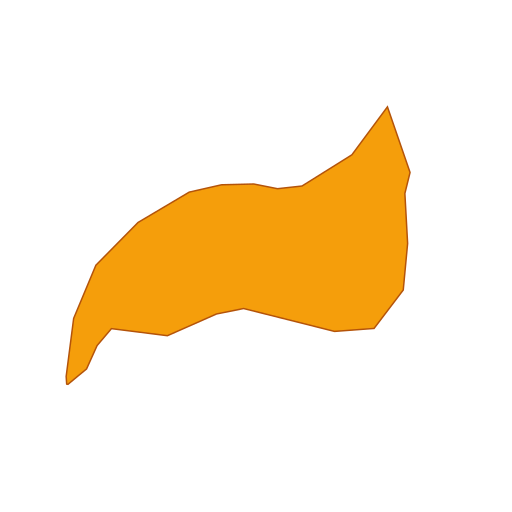 the border of Bukwa, rotated 20°
{"feature_id": "UGA-3113", "entity_name": "Bukwa", "entity_type": "County", "adm_level": 1, "iso_a3": "UGA", "parent_name": "Uganda", "parent_adm1": "", "projection": "orthographic", "projection_center": [34.655, 1.256], "detail": "fine", "context": "isolated", "style": "filled", "palette": "amber", "viewbox_px": 512, "rotation_deg": 20, "n_neighbors": 0, "source": "natural_earth", "source_scale": "10m", "svg_char_len": 517}
<svg xmlns="http://www.w3.org/2000/svg" viewBox="0 0 512 512"><g transform="rotate(20 256 256)"><path d="M129.6,429.9L123.2,440.9L121.9,441.1L121.8,440.9L118.8,434.1L106.0,377.0L108.7,319.4L133.7,264.8L171.4,218.8L199.2,200.9L229.3,189.1L253.2,185.4L275.3,174.5L311.5,128.1L328.5,70.9L371.7,124.2L372.2,124.9L374.5,146.3L394.2,192.4L406.0,237.6L391.7,283.7L355.6,300.0L262.3,309.6L238.7,324.0L200.0,361.2L145.0,373.7L137.3,394.5L135.4,420.1L129.6,429.9Z" fill="#f59e0b" stroke="#b45309" stroke-width="1.5"/></g></svg>